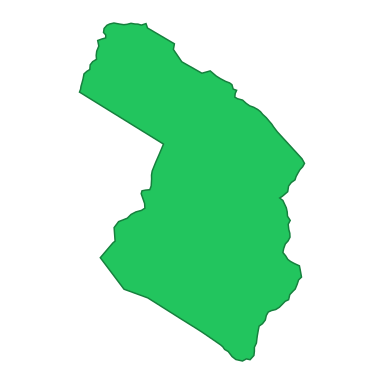 the district of Girau do Ponciano, Alagoas, Brazil
{"feature_id": "56859067B72153496199233", "entity_name": "Girau do Ponciano", "entity_type": "district", "adm_level": 2, "iso_a3": "BRA", "parent_name": "Brazil", "parent_adm1": "Alagoas", "projection": "albers", "projection_center": [-36.839, -9.793], "detail": "fine", "context": "isolated", "style": "filled", "palette": "green", "viewbox_px": 384, "rotation_deg": 0, "n_neighbors": 0, "source": "geoboundaries", "source_scale": "gbopen_adm2", "svg_char_len": 1952}
<svg xmlns="http://www.w3.org/2000/svg" viewBox="0 0 384 384"><path d="M297.2,284.2L298.6,279.9L301.5,277.1L300.3,270.3L299.4,265.8L296.7,264.6L294.1,263.4L290.6,261.5L287.9,259.5L285.6,255.8L282.9,252.5L283.7,248.5L285.3,244.0L288.1,240.9L290.0,237.2L289.8,233.2L288.8,229.5L288.2,224.3L290.2,220.4L287.5,216.2L287.2,211.9L286.3,207.8L284.7,204.4L282.9,200.5L279.7,198.0L282.2,196.4L284.7,194.3L287.7,191.7L288.6,186.0L291.3,182.5L295.0,179.9L296.1,176.5L298.0,173.0L300.0,169.6L302.7,166.7L304.5,163.4L302.0,158.8L277.2,131.7L273.5,126.8L271.8,124.2L269.4,121.4L266.3,117.7L262.7,114.4L260.5,111.7L258.0,109.7L253.8,107.3L249.6,105.8L246.1,103.3L242.6,100.1L237.5,98.7L234.8,97.1L235.2,93.5L236.6,90.3L233.2,89.1L231.9,84.6L229.6,82.9L225.6,81.4L220.3,78.6L216.3,76.1L210.2,70.9L207.4,71.7L201.9,73.2L185.3,63.8L181.8,61.8L173.4,49.5L174.4,43.8L147.5,28.0L146.0,23.6L141.3,25.1L138.0,24.1L134.9,24.0L131.0,23.3L127.2,24.3L123.8,24.7L119.8,24.1L113.9,23.0L109.6,24.0L106.9,25.3L104.1,28.4L103.5,32.5L105.7,34.9L105.7,37.9L101.8,39.0L97.7,40.5L98.8,46.1L96.7,51.2L96.2,55.5L96.5,59.3L92.7,61.6L90.2,64.8L89.8,69.5L86.9,71.3L84.0,73.9L83.0,79.1L82.0,82.9L81.0,86.3L80.6,89.2L79.5,92.1L163.5,144.1L159.3,154.1L155.7,162.3L152.2,171.0L151.5,175.1L151.6,179.1L151.2,185.9L149.8,189.7L145.6,190.1L142.0,190.8L141.2,193.7L144.6,203.5L144.9,208.2L141.4,210.4L135.9,211.9L131.1,214.4L127.3,218.2L118.6,221.6L114.1,227.6L115.1,241.1L112.9,242.9L100.3,257.7L124.0,289.2L137.7,294.2L147.8,297.9L180.7,318.7L197.2,329.0L201.1,331.5L203.5,333.1L220.5,344.8L222.8,346.8L224.6,349.4L228.2,351.5L232.1,356.6L235.8,359.5L242.5,361.0L246.4,358.9L250.1,359.7L253.9,355.5L254.4,351.3L254.4,347.3L256.4,343.1L257.2,336.4L258.3,330.1L259.1,326.1L262.5,323.7L265.3,320.0L266.3,315.5L268.3,312.0L271.4,310.6L275.8,309.5L279.3,307.3L282.2,304.4L285.2,301.3L288.6,299.7L289.8,294.6L293.1,291.1L295.2,289.1L297.2,284.2Z" fill="#22c55e" stroke="#15803d" stroke-width="1.5"/></svg>